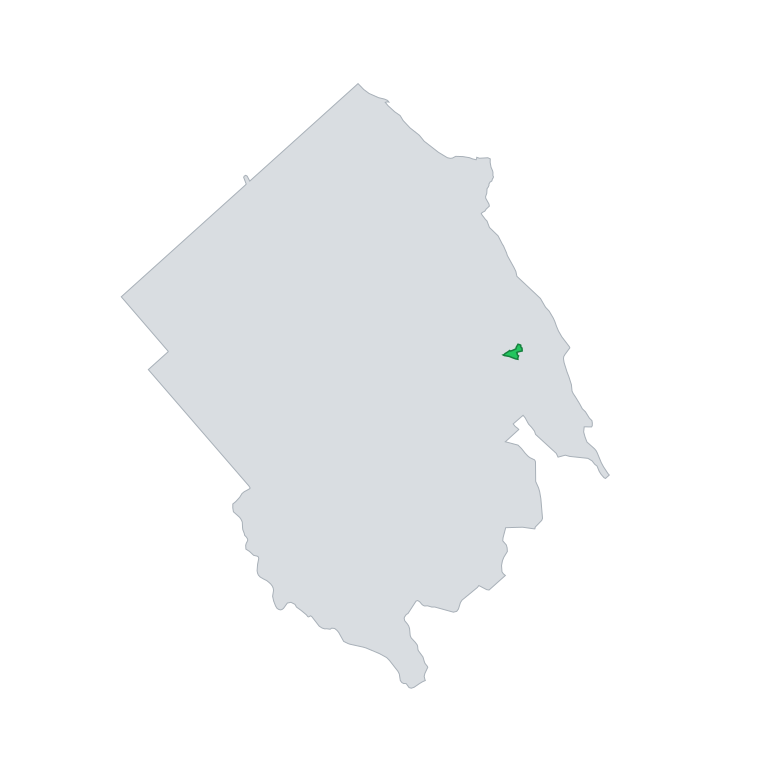 Al Mafaza, Gedarif, Sudan (highlighted), rotated 318°
{"feature_id": "16777658B27903182599838", "entity_name": "Al Mafaza", "entity_type": "district", "adm_level": 2, "iso_a3": "SDN", "parent_name": "Sudan", "parent_adm1": "Gedarif", "projection": "equal_earth", "projection_center": [34.504, 13.606], "detail": "fine", "context": "in_parent", "style": "filled", "palette": "green", "viewbox_px": 768, "rotation_deg": 318, "n_neighbors": 0, "source": "geoboundaries", "source_scale": "gbopen_adm2", "svg_char_len": 4589}
<svg xmlns="http://www.w3.org/2000/svg" viewBox="0 0 768 768"><g transform="rotate(318 384 384)"><path d="M490.5,602.4L485.4,602.4L484.8,600.8L484.9,596.3L485.5,592.9L487.4,587.6L486.9,584.6L487.2,580.4L485.8,575.7L473.5,562.0L471.1,558.2L464.4,554.8L465.6,550.9L462.9,522.9L464.3,519.7L464.7,514.8L464.6,510.5L466.3,503.4L466.4,500.3L453.3,500.1L453.1,503.2L453.7,506.6L453.7,508.0L435.5,508.1L442.7,519.1L443.0,523.9L442.6,529.9L442.7,533.7L443.1,536.2L445.1,541.1L444.9,542.1L444.5,543.2L431.5,557.9L429.3,564.7L427.6,568.2L423.8,574.2L411.9,589.9L409.9,590.9L400.9,591.5L400.0,591.9L399.3,592.6L398.9,592.4L391.2,583.2L378.3,572.2L369.6,577.9L367.3,580.0L367.2,585.4L365.9,588.1L363.6,591.0L357.2,592.9L353.9,594.5L349.9,597.5L346.0,602.5L345.7,605.1L346.1,607.5L324.2,607.4L322.7,605.5L319.6,597.2L317.4,597.7L297.4,596.8L294.5,597.6L288.8,601.0L285.9,601.6L282.9,600.0L272.5,583.7L270.3,581.8L267.9,577.9L265.7,576.2L265.0,574.9L264.7,573.2L264.8,569.6L264.1,567.4L262.5,566.8L248.3,570.6L246.3,570.2L243.3,570.9L242.3,571.5L241.0,573.7L240.8,578.2L240.4,580.4L239.3,582.9L235.2,588.4L234.3,590.8L234.4,596.9L234.1,600.0L233.5,601.4L231.7,603.8L231.1,605.1L230.3,612.9L228.0,617.7L227.5,619.3L227.3,622.7L227.0,623.8L220.6,626.5L218.2,628.2L216.7,630.9L216.3,632.0L213.6,631.1L210.1,630.4L203.4,629.5L200.7,628.3L199.5,626.4L200.0,621.7L199.3,620.7L198.2,619.8L197.5,617.8L197.7,615.3L201.3,609.8L202.1,606.9L203.1,593.2L202.9,589.0L200.2,581.3L194.0,568.1L192.4,565.5L184.6,554.6L183.7,553.0L181.8,548.3L184.1,538.3L184.2,535.5L183.7,532.6L181.7,530.4L179.9,530.2L177.6,527.5L176.1,526.3L174.7,523.9L173.8,520.6L174.7,508.7L174.3,507.1L172.2,506.7L171.7,505.9L171.9,503.6L170.9,496.8L169.7,491.2L170.4,488.2L168.8,484.0L165.6,482.1L159.2,483.5L157.2,483.3L155.8,482.5L154.9,481.0L154.4,479.2L154.9,476.4L156.8,471.4L159.2,467.2L163.8,463.5L165.1,461.5L165.8,459.3L166.0,456.7L165.7,454.0L165.3,451.6L164.0,448.3L162.8,444.5L162.8,441.9L163.4,440.1L164.7,437.9L169.3,433.5L174.1,429.9L174.9,428.6L174.6,427.1L172.5,424.1L172.0,418.3L170.9,414.3L173.3,411.3L175.1,410.2L177.8,409.2L178.9,408.0L179.3,405.6L179.2,403.2L180.2,401.5L181.6,397.8L182.7,396.2L186.3,391.8L187.2,389.0L187.5,386.4L186.6,378.2L188.8,374.8L191.4,372.0L195.2,372.2L201.1,371.6L205.1,370.4L207.9,370.5L214.4,372.0L215.1,371.3L215.4,369.2L218.5,215.6L245.1,215.6L245.5,215.3L247.1,143.4L414.0,143.4L415.4,143.2L418.0,136.5L419.2,136.0L420.9,136.4L421.4,138.0L420.0,143.4L565.7,143.4L566.0,151.6L567.3,158.1L571.5,167.5L575.0,172.6L576.3,175.4L576.4,176.6L576.3,177.8L575.2,176.5L573.4,175.5L573.2,179.9L574.1,188.9L575.6,195.3L574.5,201.1L574.7,211.0L576.7,222.9L576.3,230.5L579.5,248.3L582.5,258.2L584.2,260.6L586.0,261.9L589.6,262.8L594.8,267.8L599.0,273.1L600.4,275.9L602.5,279.0L603.8,278.4L604.6,277.6L606.0,280.1L612.6,285.4L613.6,287.8L611.2,290.3L608.6,294.5L607.3,298.3L606.6,299.6L604.4,302.0L604.0,303.2L603.1,303.9L602.1,304.0L599.9,305.3L597.9,304.9L595.8,305.6L595.1,306.5L593.5,307.3L591.3,307.8L587.9,311.1L584.9,312.7L583.9,314.0L582.4,320.5L581.3,322.3L576.9,322.4L574.7,323.0L571.8,322.3L570.3,322.4L570.0,323.8L569.5,329.4L569.6,331.8L567.1,338.2L567.9,350.3L565.5,359.3L565.2,361.3L562.8,368.5L561.6,371.1L558.5,384.5L557.3,388.6L554.8,392.9L557.5,425.1L555.4,435.0L555.5,440.4L553.9,448.3L552.7,452.0L550.8,456.5L549.1,461.4L547.7,468.0L546.7,480.4L546.3,481.5L538.4,483.1L535.9,483.9L534.3,485.3L532.2,488.5L528.2,497.2L526.1,502.6L522.8,509.9L519.0,515.1L518.2,517.7L517.5,522.4L516.1,529.8L514.8,535.1L515.1,539.4L513.8,546.8L514.0,550.4L512.7,552.4L510.9,554.3L509.6,554.8L504.1,549.8L500.3,553.2L497.9,558.0L496.0,562.9L497.1,573.1L497.0,575.4L496.4,577.8L492.8,587.9L491.7,592.5L490.5,600.5L490.5,602.4Z" fill="#d9dde1" stroke="#a8b0b8" stroke-width="1"/><path d="M500.5,455.9L499.7,454.8L502.8,453.1L502.7,452.9L502.7,452.6L502.7,452.4L502.7,452.1L502.6,451.9L502.6,451.7L502.7,451.3L502.8,451.1L503.0,450.8L503.2,450.7L503.3,450.6L503.4,450.2L503.4,449.9L503.5,449.6L503.6,449.4L503.8,449.4L505.2,449.9L508.8,451.9L509.6,450.9L510.0,450.4L510.6,449.6L510.6,449.4L510.4,448.7L510.8,447.5L511.3,446.8L511.5,446.8L511.6,446.6L511.5,446.4L511.2,445.7L510.4,444.4L510.2,444.1L506.8,445.2L505.6,446.2L504.8,445.9L503.1,445.4L501.2,444.7L499.9,444.0L499.8,443.2L498.5,443.1L498.1,443.1L497.6,443.0L495.9,442.7L494.4,442.4L493.1,442.5L492.2,442.3L492.0,442.2L492.1,442.6L492.2,442.8L492.4,443.0L492.5,443.3L492.6,443.6L492.8,443.8L495.6,447.4L495.9,448.1L496.4,449.1L496.9,450.1L498.7,453.5L499.5,454.5L499.7,454.8L500.5,455.9Z" fill="#22c55e" stroke="#15803d" stroke-width="1.5"/></g></svg>